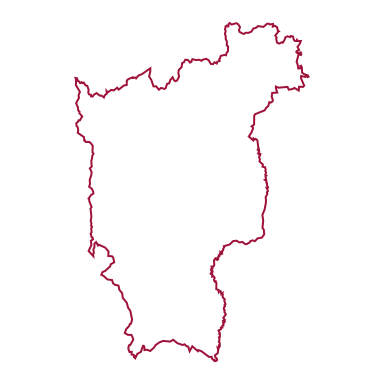 outline of Rionegro, Antioquia, Colombia
{"feature_id": "7082276B44493492234121", "entity_name": "Rionegro", "entity_type": "district", "adm_level": 2, "iso_a3": "COL", "parent_name": "Colombia", "parent_adm1": "Antioquia", "projection": "equal_earth", "projection_center": [-75.409, 6.146], "detail": "fine", "context": "isolated", "style": "outline", "palette": "rose", "viewbox_px": 384, "rotation_deg": 0, "n_neighbors": 0, "source": "geoboundaries", "source_scale": "gbopen_adm2", "svg_char_len": 5843}
<svg xmlns="http://www.w3.org/2000/svg" viewBox="0 0 384 384"><path d="M226.7,25.5L225.5,26.4L225.6,27.8L224.9,28.9L225.7,31.3L224.9,33.8L225.7,36.1L225.7,39.0L226.9,41.5L226.8,45.5L228.1,46.4L228.0,51.0L226.7,52.8L226.0,55.3L224.5,54.9L220.7,55.9L219.7,59.1L219.2,59.3L219.7,60.9L217.2,61.8L216.8,63.5L214.5,62.3L212.9,64.2L210.8,63.9L208.6,60.1L206.0,58.8L202.2,59.9L201.6,60.8L198.9,59.7L196.1,60.1L192.4,59.2L191.4,60.8L191.5,61.7L190.0,62.6L187.9,60.0L185.3,59.7L183.9,62.3L182.2,63.0L181.6,67.1L178.8,69.9L178.3,73.0L179.1,76.6L177.0,80.6L175.4,81.2L173.9,80.0L172.6,77.3L170.3,79.9L169.2,83.3L167.1,83.8L165.6,88.3L164.4,88.9L161.1,87.9L158.9,89.7L156.1,86.3L153.5,86.4L151.4,80.1L149.1,76.5L150.3,71.3L150.3,68.3L141.9,74.2L138.5,75.5L136.2,78.2L135.9,77.5L133.0,78.0L132.8,77.3L128.4,79.1L126.8,80.5L126.7,85.0L123.9,85.5L118.7,89.6L117.2,87.7L113.7,90.4L111.3,89.9L107.7,92.4L106.6,91.0L106.8,93.7L104.8,95.2L103.9,97.5L101.7,95.7L99.9,95.7L96.6,93.1L93.9,94.7L92.5,96.6L91.0,96.3L90.9,94.8L89.1,94.4L88.3,92.9L88.6,89.5L87.2,85.8L85.5,85.4L83.8,82.6L82.9,83.1L81.6,82.2L80.9,83.1L79.9,82.9L79.3,81.6L78.0,81.1L77.0,78.3L75.5,78.0L76.1,79.7L75.9,85.1L79.9,91.8L78.5,95.6L79.0,97.7L76.1,103.2L78.0,107.7L78.2,110.5L79.5,111.6L79.4,113.2L82.2,116.4L79.9,120.4L78.6,120.3L78.0,121.8L76.3,123.1L76.5,125.7L77.8,127.6L78.2,129.9L77.8,132.9L84.0,137.1L84.2,140.3L84.8,140.2L85.5,141.9L89.5,142.0L91.4,143.9L92.7,145.8L92.5,152.4L93.5,153.6L92.1,156.2L92.2,157.8L91.3,160.8L91.7,166.6L89.8,168.4L91.6,171.9L91.3,175.0L89.7,179.9L90.0,184.0L89.1,186.7L91.8,188.8L93.2,191.6L93.4,193.5L91.0,195.1L88.5,198.7L89.2,199.4L89.3,201.3L91.6,207.0L90.5,208.6L91.4,216.6L90.7,221.1L91.4,223.2L91.1,225.8L92.1,226.8L91.2,228.3L91.6,232.3L90.6,233.7L91.7,237.3L92.5,237.5L93.0,239.3L90.9,240.8L91.4,245.1L88.6,251.0L93.3,256.1L93.1,254.2L93.8,253.2L93.4,249.4L94.4,247.2L94.5,243.5L96.1,242.1L98.0,245.4L98.6,244.6L105.2,247.6L108.5,251.4L108.3,256.0L112.1,256.3L113.3,257.9L114.2,262.3L110.8,264.2L110.2,266.3L105.2,270.9L102.5,272.1L101.3,274.9L103.6,275.9L107.3,279.4L112.1,280.1L113.0,283.2L114.7,284.7L118.5,285.6L119.3,289.7L122.2,293.3L122.8,297.9L126.8,302.8L128.1,307.7L130.3,310.8L132.1,319.6L131.0,323.6L129.9,324.0L129.0,326.2L126.2,329.1L124.8,333.0L128.0,334.9L131.4,334.9L132.6,337.5L133.3,339.6L130.2,345.1L129.4,344.9L128.8,345.8L128.3,348.6L129.5,352.0L131.7,351.8L131.5,354.5L133.8,354.9L134.3,355.5L133.8,356.9L135.2,358.3L137.3,353.9L140.9,351.9L143.0,345.8L143.8,345.8L144.4,347.1L144.5,350.1L146.9,349.7L150.2,351.0L154.1,347.5L155.5,345.2L159.2,342.5L163.2,340.9L170.1,341.6L173.2,339.8L177.4,343.2L182.6,345.0L184.6,344.3L186.4,346.2L188.2,346.6L189.6,351.2L192.3,346.3L197.9,351.2L198.4,350.1L201.3,351.1L209.0,356.9L211.7,356.9L212.1,358.7L214.3,360.8L214.6,360.1L215.6,361.0L216.8,360.6L217.1,359.6L216.5,358.1L215.5,357.5L214.9,355.3L217.6,353.4L218.2,350.3L217.7,347.8L218.5,348.4L218.9,346.1L219.5,346.7L219.9,345.9L219.6,342.4L218.9,341.9L219.5,339.1L218.9,337.4L219.8,337.1L219.9,334.1L219.2,333.8L219.7,332.9L218.5,330.5L221.0,329.2L220.9,327.6L222.4,327.5L222.3,325.9L223.4,325.4L223.1,324.5L224.2,322.5L223.2,322.8L223.0,322.2L224.2,321.2L223.4,320.6L224.8,319.8L223.3,317.9L225.8,314.4L224.4,311.9L224.7,310.2L223.9,309.5L223.9,307.6L225.0,306.3L224.5,305.1L225.5,304.1L224.3,300.9L224.8,299.2L223.2,298.0L222.5,296.0L222.8,294.6L221.6,294.5L222.2,293.2L221.3,293.7L220.6,291.2L219.8,291.6L219.2,290.8L218.7,291.8L218.2,289.8L216.3,289.2L216.4,283.2L215.7,281.2L214.8,281.7L213.9,279.9L214.7,277.8L213.4,276.1L212.2,276.6L212.3,274.9L211.0,274.0L212.1,273.6L212.5,271.7L211.5,271.9L212.0,270.2L211.0,269.9L211.2,268.9L212.5,268.2L211.6,266.6L213.5,266.4L214.3,265.0L214.0,260.3L215.0,258.9L216.3,259.5L216.1,258.4L217.1,258.7L217.4,259.7L218.2,259.3L217.8,257.3L218.8,256.7L218.8,255.4L219.6,255.6L219.9,253.8L221.0,254.0L220.5,252.1L222.1,253.0L222.0,251.3L223.2,250.3L223.1,249.0L224.3,247.0L223.9,246.2L229.4,244.6L233.2,241.1L236.5,240.7L239.4,242.4L242.5,242.0L244.8,243.9L246.5,244.2L249.8,242.4L250.5,241.0L252.5,240.4L255.0,241.1L257.5,238.4L261.9,237.6L264.2,234.3L263.8,229.7L262.5,228.0L263.2,220.6L262.4,215.0L264.7,209.2L266.0,202.0L265.7,196.9L267.3,194.1L266.9,192.4L268.0,191.1L266.5,187.7L268.0,187.5L267.0,185.2L267.0,183.2L266.4,182.9L266.4,181.0L264.9,179.9L266.1,179.4L265.5,176.6L266.3,175.6L265.3,174.9L266.1,172.5L265.3,171.0L265.7,169.7L265.1,167.3L262.5,166.7L262.9,164.5L259.5,161.5L259.9,159.2L259.0,157.1L260.1,155.2L258.7,154.1L259.9,153.7L258.5,152.7L259.2,151.3L258.9,149.4L258.1,150.2L257.7,149.8L258.4,148.4L257.4,140.4L255.7,138.9L254.7,139.6L253.5,138.5L253.1,140.3L248.8,136.5L251.2,133.0L253.0,128.6L252.9,127.5L251.6,126.3L254.1,124.6L254.2,115.8L255.1,114.2L264.9,110.2L265.9,108.1L268.3,106.0L269.3,102.2L270.5,102.7L272.6,101.4L272.8,99.8L271.7,96.7L272.2,92.9L277.2,92.6L275.8,87.9L275.9,86.6L278.6,87.7L287.5,86.9L288.8,89.7L292.7,89.0L294.4,87.9L298.7,90.5L299.1,86.7L303.0,86.9L304.2,85.7L301.0,78.2L301.2,76.0L305.4,77.0L306.5,75.8L307.7,77.1L308.5,76.7L307.6,75.2L304.6,74.4L302.1,72.7L301.9,67.5L301.0,65.7L300.2,66.1L301.0,68.3L298.3,68.5L297.5,63.9L296.6,61.9L298.6,54.2L300.9,55.0L301.3,54.3L300.8,52.4L297.4,53.1L296.3,52.0L296.6,51.2L299.1,49.9L297.5,46.9L299.7,43.9L300.8,41.0L298.2,41.1L297.1,39.9L296.9,41.0L294.7,40.9L293.7,39.5L293.0,36.6L290.9,36.0L290.3,37.1L287.5,36.3L285.3,37.4L284.7,39.6L282.8,42.7L282.0,42.2L279.2,43.6L277.0,42.6L276.2,38.5L276.6,37.5L275.3,35.5L277.9,32.2L277.9,31.3L278.7,31.2L277.6,29.9L277.1,27.2L274.6,25.7L272.8,26.6L272.9,23.9L269.9,24.5L268.9,23.7L267.0,23.8L263.4,26.9L258.0,26.1L256.0,27.8L253.3,28.6L251.4,31.6L248.3,32.9L246.0,32.7L243.6,34.0L239.4,31.8L239.0,30.2L240.0,27.0L238.2,24.3L236.4,23.2L231.6,24.5L229.6,23.0L228.6,24.2L228.3,27.2L227.8,26.0L226.7,25.5Z" fill="none" stroke="#9f1239" stroke-width="2"/></svg>